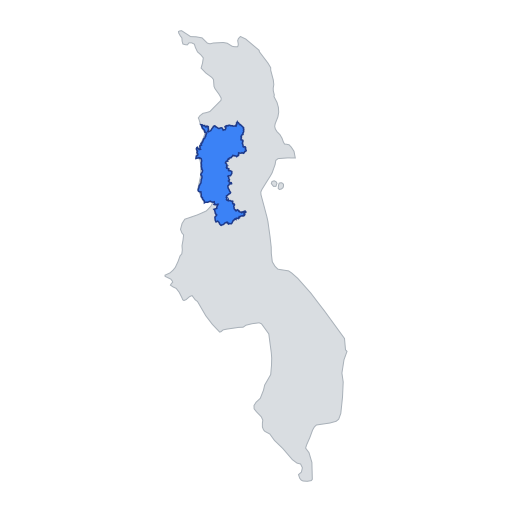 location of Mzimba, Mzimba, Malawi
{"feature_id": "42251766B77624810989827", "entity_name": "Mzimba", "entity_type": "district", "adm_level": 2, "iso_a3": "MWI", "parent_name": "Malawi", "parent_adm1": "Mzimba", "projection": "albers", "projection_center": [33.674, -11.849], "detail": "fine", "context": "in_parent", "style": "filled", "palette": "blue", "viewbox_px": 512, "rotation_deg": 0, "n_neighbors": 0, "source": "geoboundaries", "source_scale": "gbopen_adm2", "svg_char_len": 9010}
<svg xmlns="http://www.w3.org/2000/svg" viewBox="0 0 512 512"><path d="M195.2,299.8L192.1,295.6L189.6,296.6L186.1,299.6L184.3,300.4L183.3,300.3L182.7,299.6L181.9,297.7L179.2,292.3L176.2,288.4L173.0,286.9L170.4,285.1L171.5,283.4L172.7,282.2L172.2,280.9L170.8,279.1L165.1,276.4L165.0,275.2L170.0,272.9L173.1,270.1L175.3,267.4L178.0,261.6L180.1,255.8L181.8,253.9L182.3,250.0L182.0,245.7L183.0,240.2L183.6,234.9L181.9,232.9L180.5,229.4L182.1,223.4L184.8,219.2L197.4,214.9L206.2,211.0L208.0,209.3L211.0,206.0L212.7,202.7L211.5,201.7L204.6,201.7L202.9,200.4L197.8,189.0L200.6,175.9L200.8,170.8L200.8,164.4L199.9,159.8L197.7,157.8L196.3,155.4L196.7,148.5L198.7,147.7L203.1,138.7L205.0,133.4L202.7,129.1L200.1,123.1L198.9,119.2L198.3,118.0L200.0,115.6L203.0,113.3L206.4,112.6L209.9,111.5L221.0,100.3L221.2,98.1L219.1,94.4L215.0,88.7L214.0,86.4L213.5,79.6L211.9,77.5L205.8,73.0L201.1,68.1L202.5,63.2L203.3,57.9L201.0,55.0L197.5,51.9L195.4,47.5L194.4,44.2L191.6,42.8L189.1,42.8L187.3,44.9L185.3,44.7L182.9,44.0L182.1,41.1L181.9,38.0L180.3,35.9L178.7,33.0L178.5,31.5L179.5,31.0L181.6,30.7L190.6,36.6L196.1,36.8L202.1,37.9L207.3,43.1L210.0,43.8L213.4,43.0L223.2,42.5L227.2,43.2L232.2,46.3L234.2,46.7L237.4,46.8L238.0,46.0L238.3,44.2L237.7,40.6L238.4,38.6L240.4,36.5L245.7,39.0L259.1,50.3L259.4,51.8L267.9,63.0L270.7,67.7L270.7,70.2L273.3,80.0L273.8,84.6L273.2,88.1L273.3,90.9L274.3,94.9L274.0,96.6L277.0,102.4L278.4,107.4L278.7,112.2L277.9,116.9L275.2,123.7L274.7,126.4L275.3,128.9L277.0,131.7L279.9,134.6L282.0,138.2L283.5,142.3L284.7,144.2L286.3,144.2L289.1,144.8L291.4,147.3L294.0,151.3L294.9,156.0L295.3,158.0L287.7,157.9L278.1,158.6L275.8,160.4L275.1,164.5L272.1,172.9L270.4,175.9L266.8,181.6L261.9,189.5L260.8,192.1L261.0,194.8L263.9,205.6L266.9,216.9L267.9,221.4L270.0,236.5L271.2,247.1L271.3,253.4L272.3,261.8L275.0,266.3L277.9,269.2L288.6,270.9L291.7,273.0L297.8,278.4L310.9,293.2L318.1,302.7L324.5,311.0L335.8,326.5L344.5,338.5L345.5,349.8L347.0,351.4L344.0,359.7L341.9,373.1L343.2,382.0L342.5,397.2L340.8,413.4L338.7,419.2L336.1,421.3L330.0,423.0L316.4,425.0L314.4,426.9L312.6,430.0L309.9,437.4L306.6,444.9L305.6,448.1L306.2,448.9L309.0,452.7L311.9,462.5L312.3,479.3L311.3,480.6L307.3,481.3L303.0,481.0L301.2,480.1L299.7,478.2L298.5,474.6L301.4,472.1L302.4,467.8L300.6,464.0L297.0,463.1L292.4,459.7L282.7,448.4L274.5,440.5L269.8,434.0L264.9,431.4L263.5,429.8L262.4,427.0L262.4,423.0L262.8,420.1L261.3,416.8L256.4,411.7L254.1,408.8L254.0,405.5L256.1,402.2L260.3,398.3L263.5,390.2L264.7,385.0L270.7,374.6L271.5,365.5L271.7,358.2L271.3,352.8L269.8,341.6L268.8,333.9L261.5,323.8L259.1,322.8L252.1,323.7L246.0,325.2L243.1,327.2L238.6,327.4L226.8,329.1L223.1,329.9L221.0,331.7L219.7,332.1L212.3,324.3L205.8,315.8L197.5,301.5L195.2,299.8ZM281.4,189.0L279.4,189.5L278.2,188.4L278.5,185.3L279.2,183.1L281.2,182.7L282.6,183.3L283.5,184.4L283.5,186.0L283.0,187.7L281.4,189.0ZM277.0,183.3L275.9,186.4L273.5,186.4L271.3,183.6L272.0,181.5L274.2,180.8L276.0,181.7L277.0,183.3Z" fill="#d9dde1" stroke="#a8b0b8" stroke-width="1"/><path d="M229.5,223.5L231.2,223.8L232.0,223.0L233.0,220.8L233.5,220.6L233.5,220.2L234.3,219.8L234.6,219.1L235.1,219.3L235.6,219.1L236.0,219.4L236.1,218.8L236.0,218.4L236.2,218.2L237.5,218.4L238.0,218.4L238.4,218.6L238.7,218.0L239.1,217.9L238.8,217.4L239.5,217.1L239.4,216.6L240.1,216.7L240.4,216.3L242.3,215.7L242.9,216.1L244.2,215.6L244.4,215.3L243.9,215.4L243.8,215.1L244.4,214.0L244.1,213.4L244.6,213.2L244.8,212.6L245.3,212.6L245.3,212.3L245.9,212.0L245.7,211.7L245.3,211.4L245.2,211.1L244.7,211.1L243.6,211.6L243.7,212.0L243.4,212.1L243.1,211.8L242.1,212.5L242.1,212.4L241.9,212.3L241.8,212.0L241.2,212.3L239.8,211.9L239.4,211.6L239.3,211.3L239.1,211.4L239.0,211.1L238.7,211.1L238.5,210.5L238.0,210.1L237.6,210.1L237.5,209.8L236.6,210.2L236.1,210.9L235.8,210.8L235.5,210.5L235.7,210.1L234.9,209.6L234.1,208.7L234.0,208.0L234.1,207.5L233.7,206.4L234.0,205.4L234.4,205.2L234.5,204.5L233.9,203.8L233.5,204.0L233.0,203.9L232.6,203.2L232.6,202.3L232.8,201.7L232.7,201.2L232.0,201.1L231.7,201.3L230.6,200.9L230.1,200.5L228.5,200.8L228.3,199.8L228.0,200.5L227.7,200.5L227.2,200.1L226.8,200.1L226.4,199.5L226.7,199.0L226.7,198.1L227.0,197.7L226.3,197.4L226.6,196.8L226.5,195.8L227.5,195.4L227.6,195.1L228.2,194.6L228.9,194.2L229.0,193.8L230.0,193.5L230.6,192.6L230.5,192.2L229.6,191.2L229.3,190.1L228.2,188.2L227.8,186.1L228.2,185.5L228.7,185.3L229.3,184.0L230.0,184.0L230.3,183.8L231.1,183.9L231.6,183.7L231.3,182.7L230.1,182.9L229.7,182.1L229.1,181.9L228.8,181.3L228.4,181.1L228.4,180.9L228.9,180.8L229.2,180.4L229.5,179.7L228.7,178.5L228.8,177.4L227.9,176.2L228.7,175.7L230.5,175.7L231.8,173.5L231.8,171.5L230.1,170.7L228.7,170.7L228.4,170.1L228.5,169.6L228.8,169.4L228.9,168.9L227.7,168.4L227.4,168.0L226.8,168.2L226.8,167.9L226.4,167.6L226.8,166.3L227.2,166.0L226.7,165.9L226.6,165.7L226.9,164.9L226.6,164.1L225.4,162.9L226.2,161.4L226.7,161.5L227.0,161.2L227.7,161.2L227.4,160.3L228.0,159.6L228.6,159.3L228.2,159.0L228.4,158.6L229.0,158.5L229.9,157.8L230.6,157.9L230.9,157.5L231.4,157.5L231.5,157.0L232.1,156.5L232.3,156.2L232.5,156.1L232.9,155.3L233.8,155.6L234.1,155.9L234.8,155.6L235.2,155.9L236.0,156.0L236.7,156.7L237.4,156.0L238.3,155.6L238.1,155.3L238.5,155.0L238.4,154.3L238.7,154.2L238.6,153.8L238.8,153.5L238.7,152.8L239.9,153.1L240.9,153.2L241.4,153.1L241.9,152.6L242.6,152.9L242.8,153.1L243.0,153.0L243.2,153.3L243.6,153.3L243.8,152.9L244.3,152.6L244.7,151.4L245.0,151.4L245.6,151.4L246.2,150.6L246.1,150.1L245.3,148.9L245.8,148.0L245.3,147.5L245.3,147.0L244.9,146.7L243.4,147.0L243.1,146.6L243.0,146.1L243.1,145.6L242.7,144.5L242.8,144.2L242.3,143.4L242.6,142.8L242.5,142.3L242.9,141.7L242.7,141.3L242.9,141.0L242.9,140.4L241.9,139.9L241.1,139.9L240.9,139.0L241.4,138.0L241.1,137.6L241.4,137.2L241.0,136.4L241.5,136.0L241.4,135.6L241.7,135.1L242.1,134.9L242.2,134.7L242.9,134.5L242.7,134.1L242.9,133.3L243.1,133.1L243.0,132.8L243.1,132.6L243.3,132.5L243.6,131.9L243.7,131.1L243.4,130.2L243.8,129.8L243.6,128.5L243.4,128.4L243.6,127.7L240.6,124.8L240.2,124.8L240.1,124.5L239.8,124.5L239.7,124.3L239.3,124.1L238.5,122.8L237.4,122.1L237.3,121.9L237.0,122.7L236.6,122.9L236.8,123.5L236.7,123.6L236.8,124.0L236.5,124.0L236.4,124.1L236.2,124.7L236.3,125.1L236.1,125.2L236.3,125.7L236.1,125.9L235.8,125.8L235.8,126.0L235.6,125.9L235.3,126.1L234.7,126.0L233.1,126.2L232.5,125.7L231.9,125.8L231.0,125.6L230.9,125.8L230.7,125.8L229.8,125.3L229.2,125.2L228.6,125.7L228.2,125.4L227.3,125.9L227.1,125.7L226.3,125.7L225.9,126.0L226.0,126.2L226.0,126.5L225.5,126.4L225.0,126.6L225.1,127.1L225.4,127.2L225.9,128.1L225.6,128.6L225.6,128.9L225.2,129.7L224.9,129.6L224.5,129.8L223.8,129.8L223.2,130.2L222.3,128.2L221.5,127.8L221.1,127.8L220.6,127.9L219.6,128.4L219.2,128.3L218.8,128.5L218.4,128.4L215.8,126.6L215.6,126.8L215.4,126.8L215.0,125.9L214.6,125.8L213.4,126.4L213.0,127.4L211.9,128.7L210.8,130.6L208.2,131.9L207.6,131.7L208.2,130.6L208.4,129.5L208.6,129.3L208.1,128.0L208.1,127.4L208.4,127.0L208.3,126.7L207.5,126.2L207.1,126.2L206.8,126.1L206.2,126.9L205.6,126.9L205.1,126.3L204.7,125.5L203.3,125.7L202.2,124.8L201.1,124.7L201.4,125.0L201.7,126.6L202.2,127.0L202.2,128.0L203.7,129.4L204.4,130.2L204.9,131.2L204.7,131.8L205.0,132.4L205.8,132.5L206.6,133.3L206.1,134.0L206.2,134.6L205.6,135.2L205.8,136.1L205.1,136.8L205.0,137.8L204.2,138.5L203.6,138.9L203.6,139.6L203.2,140.0L203.1,140.6L202.7,141.3L202.7,141.9L202.2,142.2L201.9,143.1L201.4,143.1L201.0,143.5L201.3,144.7L201.5,145.1L200.7,145.5L200.2,145.4L199.9,145.8L199.8,146.6L200.1,147.2L200.0,148.7L200.5,149.3L199.6,149.6L199.1,149.5L198.7,149.1L198.6,148.8L197.6,148.5L197.3,147.3L196.8,147.6L196.3,148.9L196.6,149.8L197.5,151.0L197.5,151.7L197.1,152.0L197.0,152.7L197.8,153.9L197.9,154.7L197.5,155.5L196.3,156.0L195.9,158.5L196.9,158.3L198.7,157.6L199.2,158.1L199.6,157.7L199.8,157.7L200.3,158.4L201.2,158.6L201.7,160.9L201.2,163.1L201.5,164.3L201.3,164.9L201.5,165.4L201.3,166.4L201.6,167.7L201.9,168.2L201.6,168.9L201.8,169.5L202.3,169.8L202.6,170.4L202.3,172.1L201.1,173.8L200.8,174.6L200.9,175.0L201.7,175.6L202.0,177.1L201.7,178.8L201.2,179.4L201.3,180.2L201.0,181.1L201.1,182.0L200.7,183.4L200.2,183.9L199.5,185.5L199.0,186.1L199.0,187.2L198.1,189.8L198.1,190.5L198.4,191.1L199.7,191.8L200.2,191.9L200.8,191.8L201.0,191.9L200.9,192.7L201.3,194.2L201.2,196.8L201.9,197.4L202.4,197.5L202.5,198.9L203.5,199.9L204.3,201.0L204.4,202.8L204.8,202.5L206.2,202.2L207.6,202.3L209.6,201.4L210.6,201.2L211.1,201.8L213.0,202.2L214.2,201.8L214.2,202.8L214.8,203.6L214.7,204.0L214.0,204.4L214.1,204.5L214.9,204.7L216.7,204.8L217.2,204.2L218.1,204.2L216.7,207.3L216.8,208.4L213.9,209.3L214.6,210.1L215.2,212.4L215.2,213.1L215.6,213.3L215.7,214.1L216.7,214.8L216.6,215.3L215.2,216.7L214.9,217.2L215.2,220.1L215.9,221.9L216.2,221.9L217.7,221.1L219.2,222.6L219.5,223.8L220.9,225.3L221.2,225.4L221.9,224.8L222.7,224.8L223.8,224.2L225.0,222.9L225.8,222.7L226.1,222.4L227.1,222.1L227.3,222.2L227.2,222.5L227.6,222.6L227.4,223.0L227.9,223.2L228.4,224.1L228.7,224.1L228.9,223.6L229.5,223.5Z" fill="#3b82f6" stroke="#1e3a8a" stroke-width="1.5"/></svg>